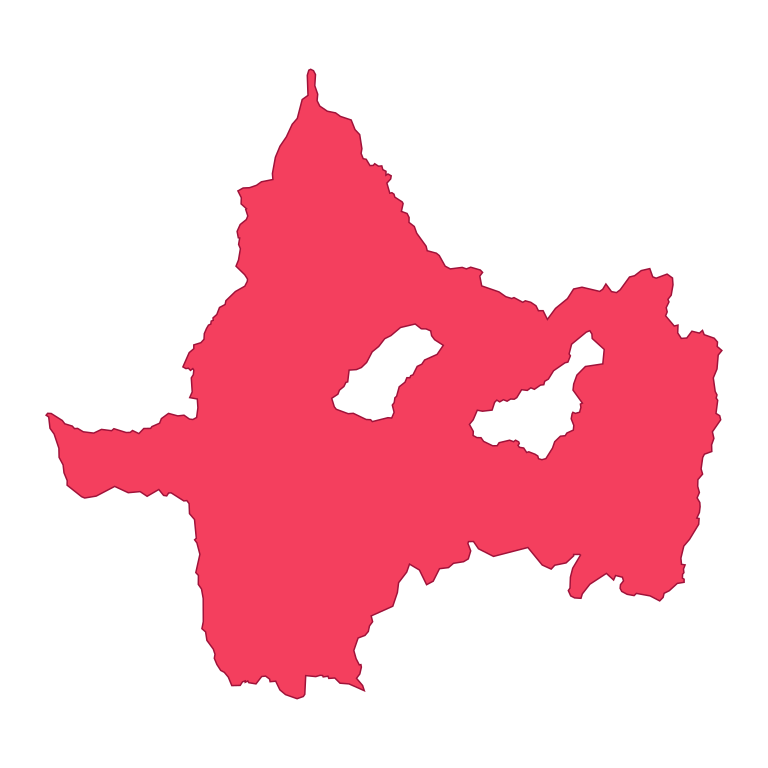 Cañar, Cañar, Ecuador
{"feature_id": "8360857B37850433241159", "entity_name": "Cañar", "entity_type": "district", "adm_level": 2, "iso_a3": "ECU", "parent_name": "Ecuador", "parent_adm1": "Cañar", "projection": "natural_earth1", "projection_center": [-79.04, -2.473], "detail": "fine", "context": "isolated", "style": "filled", "palette": "rose", "viewbox_px": 768, "rotation_deg": 0, "n_neighbors": 0, "source": "geoboundaries", "source_scale": "gbopen_adm2", "svg_char_len": 6103}
<svg xmlns="http://www.w3.org/2000/svg" viewBox="0 0 768 768"><path d="M649.8,268.6L641.2,270.6L634.6,275.7L629.5,277.0L620.2,289.8L616.5,292.6L611.5,291.6L605.9,284.0L602.7,289.3L599.7,291.4L582.0,287.2L573.6,289.0L567.5,298.6L555.5,308.4L547.4,319.4L543.1,310.7L538.4,310.7L536.0,305.8L530.8,302.3L525.3,300.8L522.8,302.3L514.0,297.6L511.7,298.5L505.8,296.7L499.0,291.9L481.7,285.9L479.8,276.1L482.6,272.4L480.3,270.0L470.7,267.2L466.4,268.9L462.2,267.4L450.3,268.9L445.2,266.2L439.3,255.6L436.4,253.2L427.2,250.7L426.1,246.2L416.7,233.2L414.3,226.5L409.0,222.4L409.1,217.5L407.1,213.5L401.4,211.4L403.1,203.6L402.3,202.0L394.8,197.1L394.0,194.2L391.9,192.7L389.8,193.2L386.9,183.1L390.7,178.9L391.2,175.8L388.0,174.0L385.9,175.2L386.0,171.3L382.8,169.6L381.8,165.9L378.5,166.2L374.7,163.7L373.3,165.4L370.0,165.6L366.2,159.3L363.2,158.7L361.1,153.4L361.9,148.7L359.7,134.6L355.0,129.6L351.2,120.0L340.4,116.4L335.6,112.9L327.3,111.2L319.8,106.1L317.1,100.7L317.7,94.2L314.8,85.7L315.5,74.6L313.5,70.7L310.7,69.3L308.8,70.2L307.3,75.3L308.0,95.4L302.2,99.5L297.3,118.4L292.2,124.3L286.4,136.8L280.0,146.2L275.4,157.2L272.4,173.6L272.9,179.5L261.4,181.8L256.5,185.3L249.5,187.7L243.1,188.0L237.9,190.9L241.3,197.7L241.1,203.9L246.5,208.8L245.7,209.4L247.8,216.0L246.3,219.6L240.2,224.5L237.1,231.4L238.3,237.8L239.7,238.0L238.6,244.4L240.4,248.7L238.5,260.0L236.0,266.2L244.7,274.7L247.5,279.0L247.3,281.3L244.8,286.2L235.4,291.5L225.9,300.7L225.1,304.5L219.5,307.5L216.8,314.5L213.0,317.9L213.2,320.3L211.2,321.1L210.8,324.1L208.5,325.1L206.5,328.5L204.3,333.6L204.0,339.3L200.9,342.7L193.8,344.9L193.8,348.7L189.2,352.6L182.9,366.9L185.9,368.6L188.4,368.2L190.5,370.4L192.8,368.6L193.8,370.2L193.3,374.7L191.3,377.9L192.2,391.9L189.7,397.6L197.3,399.0L197.9,407.8L196.6,417.5L192.9,419.5L189.5,419.1L184.0,415.2L177.8,415.9L168.5,413.4L161.4,418.6L159.6,423.2L151.9,426.6L150.6,428.4L143.8,428.5L138.9,433.6L132.5,430.5L130.2,432.4L126.1,432.5L113.9,428.7L111.6,430.7L101.5,429.4L93.7,433.1L83.3,431.8L77.6,428.4L74.5,428.6L72.3,426.1L64.8,423.8L62.3,420.5L51.2,413.5L47.7,413.3L46.1,415.2L48.7,417.0L50.0,428.3L54.1,434.0L58.9,448.3L59.1,457.4L63.1,464.9L64.0,472.8L67.2,480.6L67.1,485.2L81.6,496.7L84.7,498.0L96.2,496.1L114.7,486.4L128.2,492.7L140.1,491.6L147.1,496.3L158.8,489.5L163.6,495.4L166.7,495.9L168.6,493.0L171.1,492.8L183.8,500.9L186.8,500.6L189.1,503.6L189.5,513.7L194.5,519.5L196.3,538.3L194.6,539.8L196.9,542.9L199.9,554.3L195.8,572.6L198.4,575.4L198.3,584.4L201.5,589.0L203.2,598.5L203.3,621.6L201.9,628.7L205.6,631.9L206.9,640.4L213.3,649.1L215.0,654.3L214.3,658.3L216.9,664.5L220.7,670.4L224.3,672.3L228.3,677.1L231.8,685.6L240.2,685.4L242.5,681.8L245.2,680.9L245.2,682.3L247.8,681.0L248.8,682.7L256.0,683.9L261.7,676.5L265.6,676.1L269.6,679.1L270.1,681.7L275.7,681.2L279.9,689.9L285.5,694.6L297.1,698.7L303.3,696.5L304.8,694.3L305.7,675.6L315.8,676.6L320.1,675.3L322.6,675.5L323.2,676.9L328.0,676.2L328.8,678.4L334.8,678.0L340.0,683.2L349.0,683.9L364.3,690.7L362.6,685.5L356.5,678.3L359.8,674.0L361.4,667.1L360.9,664.6L359.3,664.9L356.1,658.7L353.8,650.5L358.1,638.0L365.0,635.4L368.3,631.5L369.5,625.9L372.6,621.7L371.2,615.9L392.8,606.2L397.4,592.5L398.6,582.7L406.7,572.1L409.5,564.1L419.4,570.0L426.6,584.7L433.2,581.2L439.5,568.7L448.5,567.6L453.5,563.3L463.6,561.7L468.3,558.9L470.7,550.9L467.9,543.4L468.5,541.6L473.5,541.5L478.5,548.8L493.5,556.4L527.9,547.5L542.2,565.0L551.2,569.1L554.8,565.2L566.1,562.9L573.7,555.8L573.6,554.5L579.7,554.4L580.5,555.1L572.7,568.2L570.4,577.2L570.0,588.1L568.3,590.6L570.7,595.9L574.6,597.9L581.0,598.3L582.3,593.9L589.9,584.2L606.4,573.4L613.6,580.0L615.6,575.5L622.4,577.2L623.5,580.9L620.5,584.6L620.1,588.3L621.7,591.4L627.1,594.3L634.1,595.6L636.4,593.4L650.1,595.9L659.7,600.9L663.1,597.4L664.1,593.3L669.3,590.7L677.3,583.4L684.1,582.3L684.1,579.2L682.4,578.1L682.6,574.2L683.9,572.7L683.5,569.0L685.1,564.9L681.5,564.3L680.9,558.1L683.8,546.1L689.5,539.4L698.7,524.3L699.1,518.5L696.8,518.1L699.4,512.5L700.1,506.7L699.8,502.5L697.1,497.9L699.4,492.5L697.7,486.3L697.9,479.6L702.6,474.1L701.1,468.9L702.7,457.5L704.4,454.2L711.8,451.5L711.6,444.8L713.9,438.4L712.4,431.8L720.7,419.8L719.7,415.7L716.0,413.4L717.7,400.3L716.2,398.1L717.0,394.9L715.2,391.5L713.3,377.9L717.0,369.0L718.2,355.1L721.9,350.5L717.2,346.5L717.5,342.0L714.2,338.2L704.2,334.7L702.5,330.4L699.4,333.1L691.9,331.2L686.8,338.0L681.3,338.4L677.7,332.9L678.0,325.1L674.2,326.0L665.6,315.8L667.2,311.9L666.2,307.7L669.0,301.9L667.9,299.4L671.2,295.2L673.0,284.8L672.5,278.0L667.1,274.1L656.1,278.2L652.7,276.8L649.8,268.6ZM567.9,362.1L570.4,355.8L569.1,353.9L571.6,344.2L586.3,332.1L589.8,330.7L591.9,334.0L592.2,338.5L604.2,349.4L602.8,363.9L585.4,366.5L576.9,375.1L573.7,384.0L573.0,390.1L582.4,403.1L580.4,404.1L580.9,407.4L579.6,412.2L575.4,413.4L572.9,412.3L572.1,413.8L571.2,418.8L573.8,425.4L573.3,430.1L566.9,433.0L565.2,435.7L560.4,436.2L554.7,441.7L552.5,448.1L545.9,458.6L541.9,459.7L538.5,458.7L537.8,456.0L535.0,454.2L528.8,451.8L526.7,452.5L523.7,448.0L519.4,447.3L518.0,445.3L519.3,443.6L518.7,441.9L515.6,440.2L513.6,441.7L509.6,440.2L499.1,442.7L497.2,445.7L492.7,445.8L483.6,441.4L481.0,437.7L476.9,437.6L473.1,435.5L473.3,431.4L469.4,424.4L473.2,419.8L477.3,410.2L482.5,411.2L492.1,410.1L494.6,402.4L496.8,400.1L499.7,401.9L503.4,399.7L507.1,401.2L510.6,399.0L514.3,399.2L516.8,397.6L521.6,389.7L527.3,390.4L530.8,387.8L534.4,389.3L540.5,385.1L543.8,384.7L544.7,381.3L548.4,379.1L553.6,370.7L565.0,362.8L567.9,362.1ZM400.5,327.5L415.2,324.0L421.3,328.8L426.1,328.9L430.7,330.9L431.6,335.7L434.6,339.7L443.3,345.3L437.1,354.4L424.6,360.0L421.8,364.2L417.2,366.4L413.0,374.8L410.7,375.7L409.9,377.7L406.9,377.7L405.0,382.2L399.2,386.8L396.6,396.3L394.9,397.8L394.2,402.6L392.3,405.1L394.1,412.3L391.7,418.0L387.9,417.7L372.3,421.6L370.6,419.7L366.2,419.5L353.3,413.3L348.2,413.7L336.3,409.3L334.3,406.8L331.7,398.3L337.9,394.2L339.5,390.1L343.9,386.5L345.9,382.4L347.7,381.9L349.1,370.1L356.4,369.6L361.4,367.5L366.6,362.5L372.2,351.8L378.8,346.4L384.7,338.7L390.9,335.6L400.5,327.5Z" fill="#f43f5e" stroke="#9f1239" stroke-width="1.5"/></svg>